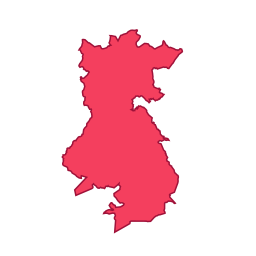 outline of Tlacolulan, Veracruz, Mexico, rotated 345°
{"feature_id": "50627088B39576903361064", "entity_name": "Tlacolulan", "entity_type": "district", "adm_level": 2, "iso_a3": "MEX", "parent_name": "Mexico", "parent_adm1": "Veracruz", "projection": "orthographic", "projection_center": [-97.003, 19.702], "detail": "fine", "context": "isolated", "style": "filled", "palette": "rose", "viewbox_px": 256, "rotation_deg": 345, "n_neighbors": 0, "source": "geoboundaries", "source_scale": "gbopen_adm2", "svg_char_len": 5816}
<svg xmlns="http://www.w3.org/2000/svg" viewBox="0 0 256 256"><g transform="rotate(345 128 128)"><path d="M125.7,224.0L130.2,221.1L132.5,220.2L133.6,220.3L135.4,219.7L136.1,220.1L141.7,219.9L141.9,218.9L141.4,216.9L142.4,215.6L143.9,210.2L144.6,209.6L146.2,209.9L148.0,209.0L148.9,209.4L149.7,209.5L152.2,210.9L153.1,212.6L153.7,213.0L154.2,212.9L150.5,205.7L150.8,203.7L151.2,203.8L151.1,203.0L151.7,202.7L156.2,202.0L161.9,193.9L162.6,192.4L163.1,190.1L164.0,188.4L164.0,187.0L163.7,186.4L163.1,185.9L162.2,184.0L161.5,183.3L161.6,180.5L160.2,176.9L160.2,176.0L159.4,175.5L158.5,174.0L158.3,173.4L158.8,172.4L158.8,171.8L158.6,171.2L157.2,170.1L157.3,169.2L157.1,168.9L157.3,168.0L158.6,166.8L157.8,164.1L157.9,163.7L157.7,163.6L158.0,162.7L157.5,162.0L158.0,161.0L157.5,159.7L156.7,158.6L155.8,151.8L154.0,150.8L153.4,150.0L153.4,149.4L153.7,149.1L155.3,148.4L155.9,148.5L157.1,149.4L160.0,148.8L160.8,149.0L161.3,149.6L162.1,149.9L163.3,149.9L164.3,150.4L163.9,148.9L163.4,148.4L161.5,147.4L160.0,147.3L159.5,146.8L159.6,146.4L160.5,145.9L160.5,145.4L159.0,144.7L157.7,142.4L158.1,139.2L157.6,139.1L157.5,138.3L156.9,138.1L156.9,137.2L155.8,136.6L155.2,131.9L154.4,131.5L154.2,129.9L154.5,129.5L154.1,129.1L153.0,129.6L152.5,128.7L153.2,125.8L154.0,124.5L151.3,120.6L150.2,117.1L150.6,115.8L149.9,114.3L148.6,112.2L148.3,112.4L145.6,109.9L144.2,110.0L144.0,109.5L143.1,110.0L143.0,110.5L142.0,110.7L141.7,110.4L141.5,110.8L142.4,111.5L141.8,112.0L140.5,111.0L140.0,111.2L139.0,112.9L138.0,112.1L137.7,112.7L137.1,112.5L136.6,111.7L135.8,111.1L136.8,110.8L137.2,111.1L137.9,110.4L138.2,109.0L138.7,108.5L138.6,107.9L139.2,107.0L138.3,105.5L139.6,103.5L139.3,101.5L140.8,101.2L141.2,100.7L142.4,100.6L143.6,99.3L145.9,99.7L146.8,100.9L147.5,100.9L148.5,100.3L149.0,100.3L149.9,100.9L151.7,103.7L152.6,106.0L154.2,107.5L154.9,109.0L156.4,108.1L156.0,107.3L156.3,106.9L156.0,105.8L156.5,105.9L157.7,105.6L157.8,106.2L158.3,106.6L158.8,106.2L160.0,106.0L160.0,106.7L161.3,108.3L161.4,108.8L162.4,108.4L163.9,108.7L165.9,107.7L166.1,108.2L167.9,106.8L168.9,106.8L171.4,104.9L170.5,104.4L169.8,103.3L167.8,102.1L167.6,101.5L169.3,99.2L169.1,98.9L168.3,99.1L167.9,98.7L168.4,97.8L166.4,97.4L163.7,95.1L163.7,93.2L163.2,92.7L164.7,90.9L165.1,89.5L164.7,86.6L165.3,85.1L165.9,81.3L166.1,78.2L167.0,77.8L167.7,76.8L168.9,76.5L169.5,76.8L169.7,77.6L171.1,77.5L171.5,77.8L171.6,78.6L178.1,78.3L179.3,79.0L180.5,79.1L181.4,79.7L181.6,80.5L182.8,81.1L187.2,77.6L188.3,77.0L190.9,74.3L195.4,70.9L195.7,70.3L199.9,68.6L200.4,67.9L200.2,65.7L198.8,64.9L197.8,65.5L196.3,65.9L195.7,65.2L194.6,65.0L192.9,63.3L189.9,61.1L189.0,61.1L187.9,60.4L187.1,58.3L186.4,57.9L185.4,53.7L184.8,53.0L184.2,53.6L183.4,55.7L182.2,57.1L177.3,57.9L174.6,58.6L173.8,58.2L172.3,56.0L171.0,54.8L170.2,54.5L169.4,52.1L167.6,51.2L165.8,50.6L160.2,52.6L158.9,52.5L158.0,52.0L157.5,49.5L158.0,47.8L158.5,47.1L161.1,45.6L163.4,43.1L163.5,42.0L161.1,40.0L160.5,38.8L160.8,37.5L162.0,36.7L162.3,35.9L161.8,35.5L159.4,35.5L159.0,35.1L158.3,35.1L157.5,34.6L155.8,34.4L153.0,35.1L151.8,36.0L150.7,36.3L147.6,36.3L147.0,36.6L144.9,36.7L140.9,41.2L139.6,36.4L136.0,34.6L134.7,34.2L134.9,34.7L133.8,37.6L132.7,39.7L131.8,40.8L131.9,41.8L132.9,43.6L131.1,43.6L131.0,44.0L129.8,43.8L128.4,44.9L126.2,45.1L124.2,45.0L123.0,44.4L122.4,41.4L120.8,41.0L116.7,40.9L112.7,35.8L111.8,35.5L109.3,31.6L107.4,30.8L106.8,30.9L106.2,34.2L105.7,34.7L104.4,37.1L101.7,39.0L100.9,39.9L101.6,40.0L102.0,40.5L102.6,43.9L103.6,44.8L103.7,45.4L102.5,47.2L102.5,48.6L101.4,50.8L98.0,53.5L96.9,54.8L96.7,55.4L97.3,56.9L99.3,56.8L100.0,57.0L100.6,58.3L100.8,59.5L100.4,59.7L100.7,60.2L101.7,60.6L102.4,62.3L102.9,62.1L103.5,62.3L103.5,62.6L104.2,62.7L104.5,63.5L104.9,63.7L104.8,64.2L103.9,64.7L102.8,66.1L98.1,68.5L96.6,68.2L96.2,66.6L95.8,66.4L95.2,66.7L95.2,68.2L94.7,68.9L95.1,69.4L94.8,70.1L95.0,70.8L97.0,73.4L97.0,76.7L95.1,79.7L93.7,80.5L93.3,81.5L92.9,84.9L93.3,86.1L94.6,86.9L94.6,87.6L94.1,88.1L93.5,90.2L92.1,91.3L91.5,93.3L91.7,94.8L92.2,94.7L94.9,95.9L95.3,97.2L95.2,98.2L95.6,98.8L95.8,100.0L97.3,100.2L97.4,101.0L96.2,102.7L96.7,103.7L96.3,107.1L95.6,108.5L94.0,109.0L93.4,109.9L91.5,111.8L91.0,111.9L90.3,112.7L89.5,112.9L88.5,115.5L86.0,116.9L84.7,118.2L83.1,122.0L82.7,122.4L82.1,122.2L81.5,122.9L81.4,123.5L79.9,124.0L78.7,123.8L77.8,123.9L74.6,126.3L74.5,126.7L72.8,126.3L71.3,127.1L70.2,129.4L69.4,129.9L69.1,130.5L68.4,131.0L67.6,131.2L67.0,131.5L66.9,132.0L66.0,132.4L65.0,131.8L64.1,131.9L63.6,132.4L63.6,133.1L63.1,133.7L62.3,134.6L62.6,135.3L62.4,135.7L61.5,136.2L60.9,137.3L59.9,137.6L58.3,137.2L58.1,138.2L57.0,139.0L57.9,141.1L57.5,141.3L57.1,142.2L57.3,142.9L55.8,145.3L55.6,146.4L55.8,147.2L56.4,147.9L58.8,149.8L59.3,150.5L59.2,153.4L61.5,154.6L62.3,156.2L62.4,157.0L65.3,160.0L65.9,161.4L67.9,163.6L69.9,164.5L70.0,163.5L70.6,162.0L75.3,164.9L60.5,174.0L60.2,179.6L77.3,177.2L78.6,176.6L78.9,175.8L78.7,175.4L78.8,173.8L80.3,173.0L80.6,174.0L82.0,175.5L82.6,177.1L83.5,178.3L85.0,178.7L86.2,178.2L87.4,179.3L88.3,179.3L89.7,180.4L90.8,179.4L90.9,179.0L91.8,178.5L93.1,179.2L93.8,178.7L93.9,179.2L94.9,179.9L98.7,181.8L99.0,182.2L102.4,180.7L104.8,179.4L104.4,180.2L104.4,180.7L105.6,182.5L104.3,184.7L104.2,185.3L97.5,187.7L97.1,189.4L97.1,190.3L98.4,192.5L99.4,195.7L101.0,198.5L101.9,198.4L103.4,198.9L104.5,200.2L104.2,200.8L103.5,201.5L102.6,201.5L102.3,201.9L101.3,201.9L100.6,202.3L95.7,201.5L95.5,199.4L94.1,198.3L93.0,196.0L92.4,195.9L91.8,196.1L89.8,197.9L90.8,201.2L92.7,202.8L92.7,203.4L91.5,203.5L88.9,202.0L87.6,202.0L85.2,202.4L85.0,202.8L83.2,203.3L82.4,204.3L84.4,204.5L86.1,205.1L87.5,206.2L91.1,206.2L93.0,207.0L93.1,209.5L92.9,209.9L91.9,210.7L91.5,211.8L91.5,212.4L92.2,213.8L88.2,225.2L105.0,220.8L105.5,219.9L105.5,219.2L106.8,218.7L121.5,222.7L122.7,223.4L125.7,224.0Z" fill="#f43f5e" stroke="#9f1239" stroke-width="1.5"/></g></svg>